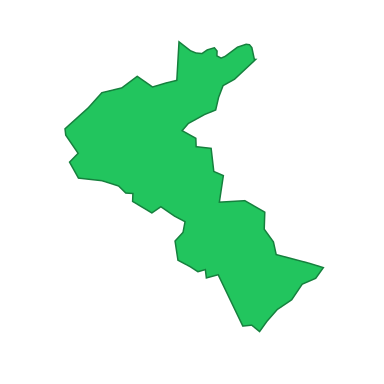 the district of Altiarik, Ferghana, Uzbekistan, rotated 169°
{"feature_id": "79887680B43666703114629", "entity_name": "Altiarik", "entity_type": "district", "adm_level": 2, "iso_a3": "UZB", "parent_name": "Uzbekistan", "parent_adm1": "Ferghana", "projection": "orthographic", "projection_center": [71.41, 40.491], "detail": "fine", "context": "isolated", "style": "filled", "palette": "green", "viewbox_px": 384, "rotation_deg": 169, "n_neighbors": 0, "source": "geoboundaries", "source_scale": "gbopen_adm2", "svg_char_len": 1046}
<svg xmlns="http://www.w3.org/2000/svg" viewBox="0 0 384 384"><g transform="rotate(169 192 192)"><path d="M158.1,202.1L166.7,208.0L164.9,231.2L179.3,235.7L178.0,244.0L190.0,254.1L182.5,260.0L164.8,265.7L153.1,268.0L147.8,279.9L141.2,290.5L128.7,294.6L104.2,310.0L105.5,310.3L105.7,322.3L107.5,325.6L110.7,326.7L119.7,325.5L133.6,318.8L137.9,317.9L141.6,320.9L140.5,325.6L142.5,329.3L149.9,328.6L155.8,326.0L161.6,327.7L166.6,331.0L176.1,341.9L185.6,304.5L196.5,304.0L210.7,302.6L223.7,316.0L241.0,307.6L261.5,306.7L277.8,294.4L304.6,278.3L305.1,271.9L296.4,251.7L306.5,244.7L300.8,227.3L278.3,220.3L262.9,211.9L257.2,203.6L250.3,201.8L252.1,194.1L235.4,179.1L225.4,183.5L213.6,171.5L204.5,164.2L208.5,154.1L218.0,147.1L218.8,127.7L208.0,119.0L201.4,112.6L193.7,113.3L194.3,104.9L182.1,105.8L167.7,50.7L158.8,49.9L152.3,42.1L143.1,50.8L130.7,60.4L114.7,67.2L101.4,80.5L87.0,83.7L77.5,92.7L90.4,99.6L121.3,114.5L121.6,127.5L128.2,141.7L124.4,158.3L141.8,173.4L167.1,176.8L158.1,202.1Z" fill="#22c55e" stroke="#15803d" stroke-width="1.5"/></g></svg>